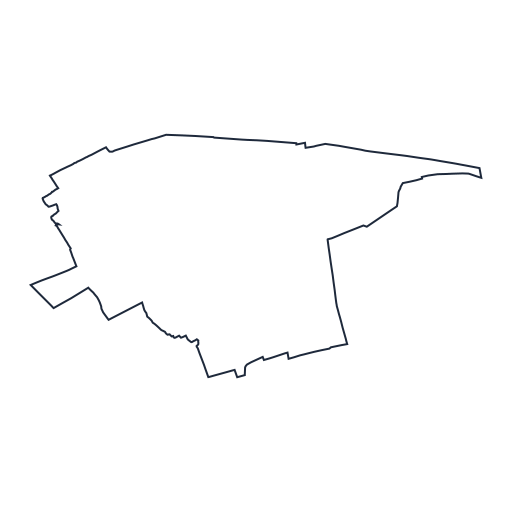 Beresti-Bistrita, Bacau, Romania (Equal Earth projection)
{"feature_id": "2599482B84899820201709", "entity_name": "Beresti-Bistrita", "entity_type": "district", "adm_level": 2, "iso_a3": "ROU", "parent_name": "Romania", "parent_adm1": "Bacau", "projection": "equal_earth", "projection_center": [26.845, 46.704], "detail": "fine", "context": "isolated", "style": "outline", "palette": "slate", "viewbox_px": 512, "rotation_deg": 0, "n_neighbors": 0, "source": "geoboundaries", "source_scale": "gbopen_adm2", "svg_char_len": 4543}
<svg xmlns="http://www.w3.org/2000/svg" viewBox="0 0 512 512"><path d="M346.2,340.6L345.9,339.2L345.5,337.8L342.6,327.6L341.1,321.6L339.9,317.2L339.0,314.2L337.9,310.0L336.8,306.1L336.6,304.6L336.3,303.1L335.9,300.1L335.2,294.6L334.7,290.3L333.6,282.4L332.7,275.3L331.7,268.8L330.6,261.5L329.7,254.8L329.2,251.4L328.7,248.0L327.6,239.6L327.7,239.3L331.7,238.3L337.8,235.8L344.2,233.1L354.1,229.2L363.4,225.5L366.8,226.7L390.8,210.4L396.9,206.3L397.5,203.0L398.0,198.1L398.5,192.2L399.0,190.8L399.6,189.7L400.2,188.6L400.7,186.7L402.8,183.1L409.8,181.7L416.4,180.2L419.2,179.4L422.1,178.6L421.8,177.0L428.3,175.5L437.7,174.2L445.8,174.0L452.6,173.7L462.5,173.4L468.4,173.6L469.8,174.0L476.2,176.2L479.6,177.3L481.3,177.8L481.0,176.3L479.5,168.1L465.2,165.4L460.8,164.6L456.6,163.8L452.6,163.1L440.0,161.0L435.5,160.2L430.8,159.4L427.2,158.9L422.6,158.3L418.3,157.7L407.0,156.0L401.6,155.3L386.8,153.5L370.8,151.5L365.3,150.7L361.0,149.7L344.4,146.8L338.9,145.8L328.8,144.4L325.3,143.9L316.3,145.8L313.9,146.5L305.6,147.8L305.4,146.5L305.0,142.8L296.4,144.5L296.3,143.2L267.1,140.9L257.2,140.3L247.1,139.9L241.8,139.6L214.1,137.6L213.4,137.1L195.4,136.0L182.2,135.4L166.1,134.8L164.5,135.3L154.7,138.4L151.6,139.1L147.4,140.4L133.6,144.5L127.4,146.5L116.6,149.9L114.5,150.6L113.4,151.2L112.5,151.6L111.9,151.7L109.5,151.6L108.2,150.2L106.9,148.6L106.0,147.3L100.6,150.0L97.5,151.6L91.5,154.8L88.5,156.1L87.2,156.9L85.9,157.4L83.0,159.0L80.4,160.3L78.2,161.3L77.3,161.6L76.5,162.3L76.1,162.6L74.8,162.9L74.1,163.2L73.3,163.9L70.9,165.2L67.1,166.9L66.1,167.4L60.8,169.9L60.0,170.3L55.2,172.9L53.8,173.7L51.1,175.1L50.6,175.3L49.9,175.6L50.0,175.8L50.9,177.1L51.9,178.6L52.2,179.2L53.1,180.6L53.3,180.8L55.0,183.4L56.7,186.1L58.2,188.2L56.9,189.0L55.5,189.6L54.4,190.5L52.5,191.9L52.0,191.9L51.9,192.2L50.6,193.5L49.9,194.0L48.9,194.4L48.1,195.0L47.4,195.5L46.8,195.9L46.3,196.0L45.7,196.4L45.3,196.7L44.8,196.9L44.3,197.2L43.4,197.7L42.8,197.9L42.6,198.4L42.8,199.1L43.1,199.9L43.4,200.6L43.8,201.5L44.3,202.2L44.8,202.9L45.3,203.7L45.7,204.3L46.6,204.9L47.1,205.3L47.7,205.8L48.5,206.7L49.5,206.6L50.7,206.2L52.8,205.5L54.5,204.8L56.2,204.2L56.9,205.2L57.2,206.0L57.5,207.0L57.6,208.4L58.0,209.6L58.5,210.9L57.6,211.7L56.6,212.7L56.1,213.3L55.5,213.7L54.3,214.4L53.6,215.0L53.1,215.4L52.8,215.9L52.3,216.0L51.4,216.6L51.2,217.4L51.4,218.3L51.6,218.9L51.8,219.4L52.3,220.0L53.2,220.6L53.8,221.3L54.7,222.6L55.5,223.3L56.6,223.5L57.5,223.5L57.9,223.7L58.6,224.1L59.0,224.4L58.1,224.3L57.5,224.4L56.7,224.6L55.9,224.9L55.7,225.4L56.3,225.6L57.1,226.4L58.2,228.4L59.1,229.7L59.7,230.7L60.5,232.0L61.5,233.6L62.6,235.4L64.0,237.6L65.4,240.1L67.1,242.6L68.3,244.8L70.7,248.4L70.2,249.3L70.1,249.7L71.1,252.3L72.6,256.8L73.1,257.8L76.4,266.3L73.7,267.6L70.2,269.3L69.7,269.6L66.7,270.9L62.7,272.5L59.9,273.6L55.6,275.3L52.2,276.6L47.2,278.4L41.8,280.4L37.1,282.3L33.5,283.8L30.7,285.0L38.0,292.4L51.6,306.0L52.7,307.2L53.6,308.1L55.0,307.3L62.4,303.1L71.2,298.2L88.3,287.7L88.7,288.2L89.9,289.4L90.6,290.1L92.2,291.6L93.3,292.6L94.2,293.8L95.7,295.6L97.0,297.1L97.6,298.1L98.8,300.3L99.8,302.5L100.2,303.6L100.6,304.7L101.2,306.4L101.3,307.7L101.5,308.9L102.2,310.3L102.6,311.2L103.1,312.3L104.6,314.4L106.0,316.3L107.6,318.5L108.6,319.8L123.3,312.2L142.1,302.5L142.6,304.3L143.1,305.7L143.5,307.3L144.0,309.0L144.4,310.2L144.8,310.9L145.3,311.7L146.3,313.0L146.9,315.2L147.2,316.5L147.5,316.9L148.0,317.2L148.5,317.6L149.3,318.3L150.4,319.4L151.1,320.1L151.6,320.7L151.9,321.1L152.6,322.5L153.0,322.9L153.6,323.2L155.2,324.4L156.7,325.7L158.0,326.9L159.8,328.6L161.0,329.8L162.2,330.5L163.4,331.0L164.3,331.5L164.8,331.7L165.2,332.1L165.6,332.9L165.9,333.3L166.5,333.9L167.5,334.7L168.3,334.6L168.8,334.4L169.3,334.3L169.7,334.4L170.3,335.1L171.7,336.4L173.2,336.0L173.5,337.0L174.3,337.8L175.5,337.6L176.4,337.1L179.1,335.7L181.0,337.7L182.9,337.0L185.8,335.6L187.7,339.3L188.3,339.9L190.1,341.3L191.2,342.1L191.5,342.1L192.3,341.9L193.3,341.2L195.3,340.3L196.8,339.3L198.3,340.5L198.2,341.8L198.4,343.0L198.2,344.5L196.6,346.0L196.7,346.7L197.8,348.3L199.4,352.9L204.0,364.9L205.3,368.7L208.3,377.1L209.0,377.0L213.2,375.8L226.6,372.1L232.3,370.5L234.6,369.9L237.2,377.2L239.1,376.7L244.8,375.1L244.8,374.2L245.1,367.5L245.5,366.4L246.9,364.6L251.0,362.3L256.4,359.8L261.4,357.5L262.7,356.9L263.9,360.0L269.8,358.3L273.3,357.2L284.7,353.4L287.5,352.6L288.6,358.8L293.9,357.3L300.2,355.3L304.0,354.4L307.9,353.4L314.3,351.8L321.5,350.2L329.4,348.6L330.9,347.3L341.6,345.1L347.2,344.1L346.2,340.6Z" fill="none" stroke="#1e293b" stroke-width="2"/></svg>